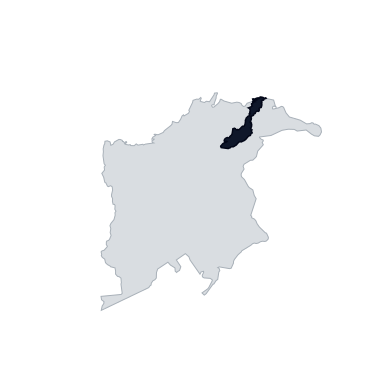 location of Bolívar within Colombia, rotated 55°
{"feature_id": "COL-1413", "entity_name": "Bolívar", "entity_type": "Department", "adm_level": 1, "iso_a3": "COL", "parent_name": "Colombia", "parent_adm1": "", "projection": "robinson", "projection_center": [-74.836, 8.903], "detail": "fine", "context": "in_parent", "style": "filled", "palette": "ink", "viewbox_px": 384, "rotation_deg": 55, "n_neighbors": 0, "source": "natural_earth", "source_scale": "10m", "svg_char_len": 8764}
<svg xmlns="http://www.w3.org/2000/svg" viewBox="0 0 384 384"><g transform="rotate(55 192 192)"><path d="M216.2,59.5L213.0,61.0L206.7,62.9L202.4,70.9L199.4,72.3L195.8,77.1L193.1,82.9L191.0,94.9L185.7,105.1L186.1,105.5L188.3,105.1L190.3,103.9L191.0,104.3L191.7,106.1L194.2,106.5L196.2,114.7L199.9,118.9L200.3,120.5L200.8,123.9L199.5,126.0L199.1,133.5L200.3,135.4L203.1,136.2L205.0,140.8L206.1,141.9L207.8,142.7L211.9,141.9L219.3,142.7L221.1,142.6L225.2,141.0L230.5,143.0L234.3,143.3L244.9,157.4L246.0,157.0L247.3,157.9L250.0,156.4L252.3,156.2L255.3,156.9L259.3,156.9L267.3,155.4L268.5,154.6L272.9,155.4L274.2,156.5L274.8,159.1L274.3,160.7L272.8,162.4L272.0,164.5L271.8,167.1L271.0,169.0L269.6,170.2L269.1,172.0L269.4,174.4L268.7,185.0L269.3,185.9L269.8,190.3L271.6,196.0L272.5,197.6L274.1,198.9L276.9,203.6L276.3,205.2L269.0,212.6L268.7,214.3L270.1,213.6L272.3,214.3L273.0,216.0L278.4,221.1L278.4,223.1L279.9,226.9L279.6,227.8L283.4,238.7L283.5,241.1L280.4,241.7L280.3,234.4L279.8,232.9L276.3,226.3L275.6,225.8L273.2,226.6L269.3,231.4L267.5,232.1L266.1,231.4L264.6,228.6L263.6,228.0L262.7,230.4L263.9,232.6L246.7,232.6L243.3,231.7L238.7,232.8L238.7,243.8L246.8,244.0L249.1,247.2L248.9,249.8L249.2,250.7L247.3,251.2L244.4,249.5L239.4,251.6L235.7,252.0L235.4,264.3L237.6,267.3L242.0,270.6L242.6,272.8L242.3,274.9L243.3,277.6L244.8,279.0L244.8,280.5L245.5,282.3L236.9,334.2L233.9,331.0L232.8,328.2L231.3,327.0L228.4,327.9L225.3,326.4L235.3,308.8L235.0,307.3L226.7,303.0L225.8,301.9L221.8,299.6L219.7,300.2L218.4,301.4L215.4,301.7L212.9,299.9L210.0,298.6L206.5,301.6L205.5,301.6L203.0,302.9L200.3,303.4L196.9,302.0L194.1,303.0L192.1,302.8L191.4,301.8L188.9,300.8L188.6,299.6L189.3,297.4L188.3,293.1L187.9,292.4L186.0,292.4L183.8,290.8L183.3,289.9L183.8,288.1L183.4,286.6L181.2,283.2L178.3,282.3L175.4,279.5L172.5,278.5L171.2,276.4L169.9,271.8L166.9,268.2L164.8,267.0L164.1,265.3L161.9,265.1L159.0,262.8L157.7,262.6L156.8,263.7L154.1,262.6L151.8,260.8L149.4,260.4L147.9,259.3L145.0,256.0L142.0,254.4L140.2,255.0L139.6,257.5L138.6,257.9L135.1,257.3L134.5,257.8L133.6,257.7L129.3,255.9L125.0,255.2L123.9,251.1L121.2,249.6L120.4,247.6L118.5,247.8L111.2,244.1L108.2,241.5L105.7,240.0L103.0,237.1L102.5,235.9L100.5,234.2L101.5,232.0L104.0,230.4L107.2,231.7L107.6,229.1L106.5,226.8L107.0,221.7L107.9,220.6L109.7,219.5L110.8,219.9L111.5,219.1L114.1,219.5L114.9,219.1L117.0,217.1L117.8,215.4L118.8,215.6L120.9,212.8L120.6,210.1L122.6,209.4L124.7,204.9L125.6,204.8L126.1,202.6L129.9,195.2L128.5,196.0L127.1,195.5L127.3,193.0L126.8,192.7L125.6,194.6L124.6,192.6L124.9,189.4L123.2,190.0L123.3,189.3L125.7,186.9L126.7,181.4L125.9,179.4L125.4,171.1L125.0,169.5L123.0,167.5L126.2,165.1L127.3,163.3L125.9,159.6L124.0,156.5L123.9,154.7L125.1,154.9L125.5,149.7L124.5,147.8L123.2,147.7L119.0,140.2L117.5,138.6L118.6,134.9L119.9,133.3L119.6,130.6L120.5,130.7L122.3,133.2L123.0,132.8L125.8,130.5L125.9,128.2L128.1,125.9L125.0,118.1L123.9,116.9L125.2,114.4L125.9,114.6L127.2,117.0L129.1,118.6L132.1,122.9L133.3,123.9L132.4,124.9L132.2,125.9L132.6,126.5L134.3,126.6L135.0,125.4L134.5,120.1L133.8,117.5L132.3,115.6L132.8,114.9L135.8,113.6L142.0,108.6L144.1,103.8L145.7,102.1L147.6,101.0L149.8,101.3L151.5,100.7L152.1,99.2L150.9,95.9L152.2,91.4L152.2,89.2L153.1,87.8L152.8,87.3L150.5,88.9L152.8,85.7L154.4,80.9L163.5,72.4L169.3,74.4L171.2,74.3L168.7,75.4L168.4,76.6L169.2,77.9L170.1,78.3L170.9,77.4L172.8,72.5L173.1,69.7L174.0,68.8L175.2,68.4L181.0,69.6L186.4,69.2L195.3,62.1L201.9,59.1L203.6,56.2L204.0,54.0L205.2,53.1L206.5,53.1L207.2,51.9L210.3,50.0L213.6,49.8L217.1,51.5L218.7,54.4L219.0,56.4L216.2,59.5ZM114.2,218.6L113.8,218.9L113.0,218.3L112.8,217.4L113.3,216.8L113.9,217.0L114.2,218.6Z" fill="#d9dde1" stroke="#a8b0b8" stroke-width="1"/><path d="M152.4,89.7L152.3,89.1L152.4,88.9L152.6,88.9L152.9,88.4L153.0,88.1L153.1,87.9L153.1,87.4L153.2,87.2L152.7,87.5L152.1,88.0L151.5,88.7L150.9,89.1L150.6,89.0L150.8,88.4L151.4,88.0L151.7,87.7L151.8,87.5L151.9,87.3L151.9,87.1L151.9,86.9L151.9,86.7L152.3,86.7L152.2,86.6L152.1,86.4L152.3,86.1L152.4,86.5L152.7,86.4L153.2,86.0L153.4,85.9L153.4,85.5L153.3,85.0L153.3,84.6L153.2,84.6L152.9,84.2L152.7,84.4L152.6,84.5L152.7,83.9L152.9,83.7L153.0,83.6L153.5,83.1L153.5,83.3L153.4,83.6L153.3,83.9L153.5,84.1L153.7,83.9L153.8,83.5L153.8,83.1L153.8,82.8L153.7,82.7L153.6,82.3L153.6,81.9L153.3,81.7L153.5,81.3L153.6,81.2L153.8,81.2L154.0,81.1L154.3,80.9L154.2,80.6L154.5,80.4L154.8,80.3L154.8,80.1L155.0,80.0L155.1,79.8L155.1,79.7L155.5,79.5L156.5,79.2L156.8,78.8L156.9,78.6L157.0,78.6L157.3,78.7L157.3,78.8L157.2,79.0L157.3,79.1L157.2,79.5L157.2,79.8L157.6,80.3L157.7,80.5L157.7,81.0L157.3,81.4L157.3,81.6L157.1,82.3L157.2,82.5L157.3,82.8L157.5,83.0L158.1,83.0L158.5,83.1L158.6,83.3L158.5,83.5L159.1,84.4L160.0,84.2L160.7,85.0L161.0,85.1L161.4,85.5L162.4,86.8L162.3,87.0L162.2,87.6L162.0,88.1L161.9,88.5L162.0,89.0L162.4,89.3L162.7,89.5L162.8,89.6L163.2,89.7L163.3,89.7L163.6,90.0L163.8,90.5L164.0,90.7L164.1,90.9L164.0,91.3L163.9,91.6L163.2,92.0L163.0,92.4L163.0,92.8L163.0,93.5L163.0,93.9L163.2,94.2L163.3,94.4L163.8,95.0L163.9,95.3L163.8,95.6L163.7,96.0L163.7,96.3L163.7,96.7L163.8,96.9L164.2,97.3L164.4,97.6L164.4,97.9L164.3,98.5L164.0,100.1L164.1,100.7L164.6,100.6L165.0,101.2L165.4,101.0L165.6,101.0L165.8,101.2L165.8,101.3L165.9,101.5L166.0,101.6L166.3,101.7L166.6,101.9L166.7,102.0L166.8,102.3L166.8,102.5L167.5,103.1L167.8,103.4L167.9,103.9L168.0,104.1L168.3,104.3L168.5,104.3L168.5,104.2L168.7,103.9L169.0,103.8L169.7,103.8L169.9,104.4L169.9,104.5L170.1,104.6L170.3,104.6L170.6,104.4L170.8,104.4L171.2,104.5L171.5,104.7L171.6,104.9L171.6,105.4L171.7,105.5L172.3,105.6L172.6,105.7L173.0,106.5L173.2,106.8L173.8,107.2L174.0,107.4L173.8,107.5L174.3,107.7L174.8,107.9L175.2,107.8L175.5,107.4L175.6,107.6L175.9,107.8L176.0,108.0L175.9,108.2L176.4,108.6L177.6,108.6L178.1,108.8L177.9,109.3L177.9,109.8L178.1,110.3L178.3,110.6L178.8,111.2L179.0,111.5L179.1,112.0L179.0,112.4L178.7,113.0L178.7,113.3L178.7,114.5L178.8,114.8L178.9,115.0L179.2,115.3L179.2,115.5L179.2,116.1L179.3,116.5L179.6,117.2L179.7,117.6L179.8,118.8L179.8,119.1L179.6,119.3L179.7,119.5L179.8,119.6L179.8,119.8L179.7,120.1L179.6,120.3L179.6,120.8L179.6,121.0L179.4,121.3L179.4,121.5L179.2,121.7L179.2,121.8L179.3,122.1L179.4,122.5L179.2,122.9L178.9,123.1L178.7,123.5L178.3,123.6L178.2,124.1L178.1,124.7L178.0,125.0L178.1,125.3L178.3,126.3L178.3,126.5L178.5,127.5L178.7,127.8L178.9,128.8L178.9,129.2L178.8,130.2L178.7,130.4L178.6,130.5L178.8,131.0L178.7,131.5L178.7,132.1L178.6,132.3L178.4,132.4L178.4,132.6L177.5,133.8L177.5,134.1L177.5,134.7L177.5,134.9L177.6,135.1L177.7,135.3L177.6,135.5L177.5,135.9L177.3,136.7L177.2,137.4L172.4,142.6L172.1,142.5L171.6,142.5L171.4,142.5L171.0,142.3L170.8,142.1L170.7,141.3L170.6,140.8L170.4,140.3L170.2,139.6L170.1,139.1L170.1,138.7L170.2,138.1L170.2,137.4L170.1,137.0L170.2,136.6L170.3,136.4L170.8,135.8L170.9,135.5L170.9,135.1L170.7,134.2L170.1,134.7L169.9,135.0L169.7,135.7L169.5,136.0L169.1,136.3L168.8,136.4L168.5,136.3L168.2,136.0L167.7,135.3L167.4,134.5L167.3,134.1L167.3,133.6L167.5,132.2L167.7,131.7L168.1,131.4L168.4,131.2L168.7,130.9L168.9,130.4L168.9,130.1L168.9,129.9L168.5,129.7L168.3,129.3L168.2,128.8L168.0,127.1L167.9,126.6L167.7,126.4L167.4,126.0L167.1,125.5L163.6,122.2L163.7,121.9L163.7,121.7L163.8,121.6L164.1,121.2L164.1,120.7L164.4,120.6L164.9,120.2L165.0,120.1L165.5,120.2L165.9,120.1L166.3,120.0L166.6,119.8L166.8,119.5L167.0,119.1L167.0,118.7L167.3,118.6L167.5,118.6L167.6,118.4L167.8,117.7L167.9,117.2L167.7,116.6L167.7,116.2L167.7,115.8L167.7,115.7L167.4,115.0L167.1,113.0L167.2,112.7L167.6,112.3L167.8,111.9L168.0,111.7L167.9,111.4L167.7,111.1L167.0,109.8L166.2,109.0L164.8,107.7L164.4,107.5L163.8,107.1L163.2,105.8L162.9,105.6L162.6,105.4L162.6,105.2L162.5,104.7L162.4,104.0L162.2,103.5L162.1,103.2L162.2,102.7L162.1,102.3L162.4,101.5L162.6,101.0L162.6,100.9L162.4,100.8L162.1,100.6L162.0,100.4L161.9,100.4L161.7,100.5L161.4,100.6L161.1,100.5L160.8,100.4L160.7,100.3L160.7,100.1L161.0,99.3L160.6,99.2L160.1,99.2L159.9,99.0L159.3,98.4L159.0,98.0L158.4,97.4L158.2,97.3L157.8,97.3L157.6,97.3L157.2,96.9L156.9,96.8L156.7,96.8L156.1,97.3L155.8,97.2L155.5,97.4L155.7,96.7L155.8,96.5L155.8,95.9L155.9,95.6L156.0,95.1L156.1,94.8L156.0,94.4L156.1,93.9L156.2,93.6L156.2,93.3L155.9,93.3L155.7,93.4L154.3,92.9L154.0,92.8L153.9,92.6L153.9,92.4L154.1,92.1L154.2,91.9L154.0,91.4L154.0,91.2L154.0,90.6L153.7,90.7L153.5,90.8L153.3,90.8L153.1,90.7L153.2,90.2L153.9,88.9L152.4,89.7ZM157.7,78.3L157.7,78.2L157.5,78.4L157.4,78.6L157.1,78.4L157.0,78.0L157.1,77.7L157.7,77.5L157.8,77.6L157.8,78.0L157.7,78.3ZM152.3,85.0L152.5,84.9L152.6,85.0L152.8,85.0L153.1,85.1L153.1,85.3L152.9,85.5L152.6,85.4L152.5,85.5L152.5,85.8L152.4,85.9L152.2,85.7L152.2,85.4L152.2,85.2L152.3,85.0Z" fill="#0f172a" stroke="#020617" stroke-width="1.5"/></g></svg>